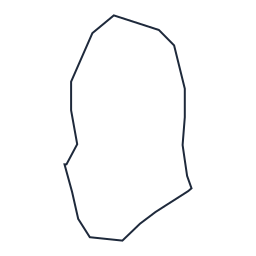 Shirvan City, Shirvan, Azerbaijan (Equal Earth projection)
{"feature_id": "54616110B45272408011177", "entity_name": "Shirvan City", "entity_type": "district", "adm_level": 2, "iso_a3": "AZE", "parent_name": "Azerbaijan", "parent_adm1": "Shirvan", "projection": "equal_earth", "projection_center": [48.921, 39.972], "detail": "fine", "context": "isolated", "style": "outline", "palette": "slate", "viewbox_px": 256, "rotation_deg": 0, "n_neighbors": 0, "source": "geoboundaries", "source_scale": "gbopen_adm2", "svg_char_len": 410}
<svg xmlns="http://www.w3.org/2000/svg" viewBox="0 0 256 256"><path d="M64.5,164.3L72.1,192.0L78.2,218.9L89.8,237.2L95.5,237.8L122.4,240.6L140.0,223.7L155.5,212.0L165.8,205.4L188.2,191.1L191.5,188.3L187.1,175.9L184.1,155.4L182.6,145.0L184.8,117.2L184.8,88.7L174.1,45.4L158.9,30.0L113.8,15.4L92.4,33.1L71.1,81.7L71.1,110.3L77.2,144.2L66.5,164.3L64.5,164.3Z" fill="none" stroke="#1e293b" stroke-width="2"/></svg>